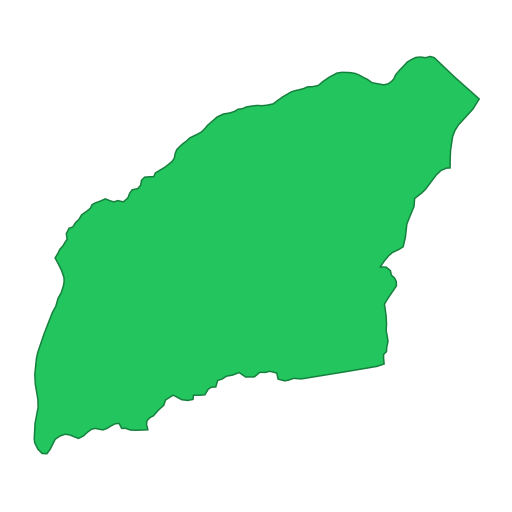 Maurilândia do Tocantins, Tocantins, Brazil (Mercator projection), rotated 183°
{"feature_id": "56859067B46182504627993", "entity_name": "Maurilândia do Tocantins", "entity_type": "district", "adm_level": 2, "iso_a3": "BRA", "parent_name": "Brazil", "parent_adm1": "Tocantins", "projection": "mercator", "projection_center": [-47.581, -6.021], "detail": "fine", "context": "isolated", "style": "filled", "palette": "green", "viewbox_px": 512, "rotation_deg": 183, "n_neighbors": 0, "source": "geoboundaries", "source_scale": "gbopen_adm2", "svg_char_len": 2749}
<svg xmlns="http://www.w3.org/2000/svg" viewBox="0 0 512 512"><g transform="rotate(183 256 256)"><path d="M41.3,424.5L66.8,444.9L88.4,463.4L92.4,464.4L97.0,462.9L102.0,463.3L106.7,462.7L110.6,460.6L115.0,457.7L119.0,452.9L122.5,448.9L126.0,444.3L127.6,440.1L129.9,437.3L133.0,434.9L137.2,433.6L142.0,434.2L149.1,435.1L154.1,438.3L158.5,440.1L162.0,441.9L166.5,443.5L171.8,444.1L179.9,443.9L185.1,442.8L188.3,440.7L192.1,438.5L195.2,436.1L198.6,433.5L202.6,429.6L208.6,428.0L213.5,427.6L217.4,425.6L221.9,424.2L226.1,423.0L229.6,421.6L232.9,419.4L237.3,416.6L241.8,413.0L246.9,408.8L252.9,407.2L257.7,406.4L262.9,406.4L268.1,405.5L273.0,404.5L277.6,402.3L281.4,401.7L285.0,399.3L289.6,397.5L296.0,396.1L302.0,392.9L306.8,388.2L311.1,384.1L314.2,380.0L317.0,377.0L320.3,374.9L323.8,373.0L328.4,370.4L331.6,367.0L334.6,364.6L337.9,361.3L340.8,358.0L342.1,354.0L342.7,349.4L344.7,346.1L347.5,343.5L351.3,340.1L356.7,336.5L360.9,333.6L362.2,329.9L366.1,329.6L371.3,328.9L374.3,325.7L374.9,320.7L377.6,317.1L383.2,315.6L385.5,311.8L387.1,307.1L391.3,303.1L396.9,304.1L400.7,302.6L404.6,303.5L409.5,305.2L414.7,302.5L419.3,300.6L422.4,298.6L424.0,294.9L427.3,291.9L432.3,288.0L434.7,283.3L437.8,280.1L440.5,275.4L444.1,274.0L446.6,268.4L445.5,262.8L447.5,259.6L449.3,256.0L452.1,252.6L454.1,248.1L456.5,243.5L452.5,236.9L449.4,231.3L446.6,224.3L446.3,220.3L446.7,216.4L448.5,209.4L451.5,203.3L453.3,195.2L456.4,188.9L463.5,167.3L469.0,148.0L469.9,142.2L470.7,126.2L469.7,116.5L466.3,101.3L465.7,93.4L467.9,77.2L467.9,61.7L467.1,57.7L463.7,51.7L459.3,47.6L454.5,47.6L451.5,52.1L446.9,62.5L442.4,65.9L437.4,68.0L432.8,67.6L423.8,64.5L418.8,67.4L415.2,71.1L411.2,74.4L407.6,75.4L399.8,74.3L395.8,76.0L392.7,78.2L388.1,81.0L384.0,81.7L381.1,76.8L377.3,77.1L372.3,75.6L365.4,75.8L354.9,76.8L356.5,82.0L356.3,85.8L353.3,89.2L350.1,91.0L345.4,97.0L340.3,102.1L338.8,107.5L331.4,112.7L322.6,108.6L316.4,108.2L311.4,109.5L311.2,113.7L304.5,114.1L299.8,114.7L296.7,120.5L293.6,122.7L289.3,123.1L287.8,129.7L283.3,131.4L279.3,134.4L273.0,135.9L266.7,138.7L260.0,134.6L251.3,135.2L246.1,140.0L240.9,140.2L236.1,141.6L229.2,140.2L227.5,134.2L220.8,132.8L216.8,133.8L212.0,135.8L204.4,135.6L159.3,145.4L129.1,152.2L122.4,154.9L123.2,160.2L123.4,164.5L120.7,167.3L120.7,171.7L119.7,177.5L120.6,182.1L122.1,188.4L122.1,195.0L123.0,203.4L125.2,214.7L122.1,220.5L114.2,233.5L114.6,237.9L116.5,241.3L119.8,244.0L121.0,248.4L125.4,251.7L131.3,251.6L127.4,258.0L123.5,263.2L120.0,266.6L113.0,270.4L109.5,273.0L107.8,282.5L107.0,295.9L103.9,304.9L100.8,313.8L100.6,321.7L93.6,327.8L90.3,331.4L80.1,346.5L75.6,351.2L70.5,353.7L66.8,354.1L67.2,364.5L67.2,372.0L65.9,385.5L63.9,391.7L60.7,397.5L47.1,414.0L41.3,424.5Z" fill="#22c55e" stroke="#15803d" stroke-width="1.5"/></g></svg>